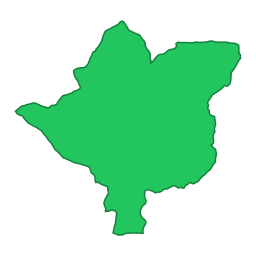 Goenshari, Punakha, Bhutan
{"feature_id": "84629894B19712913086843", "entity_name": "Goenshari", "entity_type": "district", "adm_level": 2, "iso_a3": "BTN", "parent_name": "Bhutan", "parent_adm1": "Punakha", "projection": "orthographic", "projection_center": [89.771, 27.719], "detail": "fine", "context": "isolated", "style": "filled", "palette": "green", "viewbox_px": 256, "rotation_deg": 0, "n_neighbors": 0, "source": "geoboundaries", "source_scale": "gbopen_adm2", "svg_char_len": 5475}
<svg xmlns="http://www.w3.org/2000/svg" viewBox="0 0 256 256"><path d="M227.3,86.2L228.4,85.2L230.2,83.4L230.8,80.0L231.2,72.8L233.5,69.5L235.0,67.6L235.8,65.9L237.5,62.8L238.7,60.6L240.6,58.2L240.3,56.0L240.4,54.6L239.5,54.1L238.9,51.6L238.9,49.2L238.8,46.8L238.7,45.2L236.2,43.8L233.9,43.2L231.0,43.2L229.1,42.8L226.3,42.2L224.2,42.1L222.9,42.2L219.9,42.2L216.9,42.1L214.5,41.8L212.4,41.1L210.4,41.0L206.2,42.1L202.8,42.3L199.9,42.4L195.7,42.1L191.9,42.9L190.9,42.9L188.5,42.6L185.1,42.6L181.9,42.6L179.8,42.6L178.2,42.1L176.6,43.1L176.1,43.5L176.0,44.1L176.1,44.9L176.5,45.4L176.6,46.0L176.1,47.1L174.5,48.6L173.5,48.9L172.8,49.2L171.2,49.4L169.2,49.8L168.3,50.5L167.0,51.3L166.5,51.6L166.1,52.2L165.6,52.7L164.2,53.6L163.0,54.1L161.4,54.3L160.2,54.5L158.9,54.8L158.1,55.2L156.9,56.5L156.0,57.3L155.3,58.1L154.7,59.0L154.1,59.9L153.3,60.9L152.1,61.8L151.7,62.3L150.6,63.0L151.0,61.5L150.7,59.9L150.1,58.6L150.2,56.8L150.2,56.2L150.2,54.8L150.1,53.6L149.5,52.5L148.5,50.6L147.9,50.1L147.3,49.5L146.4,48.1L145.8,46.7L145.2,45.1L145.1,43.8L145.0,42.9L144.9,42.3L144.3,41.2L142.6,39.4L140.9,37.0L139.6,35.0L137.2,34.2L133.9,32.7L131.7,31.6L128.7,30.2L127.6,27.9L125.5,24.6L123.6,21.8L122.1,21.0L120.0,22.2L118.4,24.2L115.5,25.8L112.8,27.1L110.5,28.5L108.2,29.6L105.4,31.1L104.3,33.3L102.8,36.9L102.0,39.9L101.0,42.4L99.4,45.0L98.2,47.0L97.0,48.1L96.1,48.9L95.7,50.9L95.0,51.2L93.8,51.5L93.1,52.2L92.5,53.2L92.1,54.7L91.4,55.8L90.3,58.3L89.8,59.3L89.5,60.6L88.8,61.7L88.3,63.5L87.3,65.0L85.8,66.5L85.0,67.1L83.4,67.7L81.6,67.7L79.8,67.9L79.0,68.1L77.7,68.3L75.0,69.5L73.6,70.8L73.7,71.4L73.9,72.7L74.0,73.7L74.3,74.5L74.5,75.8L75.1,76.7L75.3,77.3L75.7,78.0L76.1,78.8L76.7,79.6L77.1,80.1L77.7,80.7L78.0,81.4L78.2,82.1L78.6,82.9L78.9,83.9L79.3,85.0L80.4,87.0L80.4,88.0L79.6,88.9L78.3,89.5L77.7,90.0L76.9,90.4L75.8,90.7L74.8,90.9L73.9,91.2L73.4,91.6L72.5,92.5L72.0,93.0L71.1,93.4L70.2,93.5L69.3,93.9L68.0,94.4L66.4,94.9L65.8,95.1L64.6,95.2L63.2,95.6L62.7,95.9L62.2,96.5L61.5,97.0L61.0,98.0L60.3,98.7L59.5,99.8L59.0,100.3L58.4,101.2L57.7,102.2L57.3,102.7L57.1,103.6L56.8,104.2L55.5,104.9L54.8,105.1L54.2,105.2L53.5,105.4L52.9,105.4L52.3,105.3L51.8,105.4L51.3,105.8L50.6,106.2L50.0,106.8L49.1,107.6L48.1,107.7L47.1,107.6L45.6,107.2L45.0,107.0L43.6,106.7L42.6,106.3L41.9,106.2L41.0,105.7L39.9,105.3L39.1,104.7L37.1,103.9L35.6,103.3L34.8,103.2L34.1,103.0L32.9,103.0L32.1,103.2L30.3,103.9L29.0,104.1L27.6,104.5L26.0,105.0L25.4,105.2L24.9,105.5L23.6,105.7L22.6,105.8L21.7,106.2L21.1,106.6L20.5,107.1L19.5,108.0L18.6,108.7L17.6,109.4L17.1,109.8L16.7,110.4L16.1,110.8L15.4,111.2L17.3,113.8L19.7,115.1L22.6,115.9L23.6,117.8L25.1,119.6L28.2,122.9L33.0,125.8L36.4,127.3L39.1,129.3L41.1,130.3L43.8,134.0L46.4,137.0L47.9,139.4L49.7,141.6L50.9,142.6L52.7,145.6L54.0,147.8L54.8,149.3L58.3,152.4L60.2,154.2L61.9,156.4L63.2,157.8L66.8,159.1L74.5,162.7L78.6,163.6L83.8,165.2L88.3,166.6L89.7,167.9L90.6,170.6L91.1,172.6L94.2,175.1L95.1,177.1L95.1,180.4L95.7,182.4L97.5,182.5L98.6,181.9L98.6,182.6L101.9,184.6L104.2,185.3L107.8,187.0L107.7,188.9L108.5,193.1L107.0,195.8L105.0,199.5L103.9,202.9L104.3,204.8L105.8,208.8L105.4,211.4L107.6,211.3L109.4,211.0L110.4,210.2L111.1,210.1L112.6,210.3L114.2,210.6L115.2,211.0L115.9,211.9L116.8,212.9L116.2,216.3L115.9,219.4L115.5,223.0L114.4,226.7L113.7,229.9L113.1,233.0L118.3,235.0L122.3,235.0L125.6,233.4L131.2,233.0L135.2,233.0L139.6,233.1L143.0,233.4L143.0,232.7L142.9,230.8L142.9,229.2L143.5,227.6L144.3,226.1L145.4,224.3L145.9,222.2L145.4,220.8L144.3,219.4L143.4,218.7L141.9,217.5L141.0,215.7L140.1,213.3L140.1,212.1L140.5,210.6L141.0,209.1L141.9,207.1L142.3,206.2L143.6,205.1L145.2,203.8L145.9,202.1L146.0,200.7L145.5,199.3L144.6,196.8L144.5,194.4L144.9,192.6L145.1,191.0L145.5,190.5L146.4,190.1L147.3,189.8L148.5,189.8L149.6,190.1L150.5,190.5L151.2,190.8L152.1,191.0L152.8,191.2L153.5,191.6L154.1,192.2L155.3,192.8L156.1,192.7L157.6,192.2L159.4,192.1L160.4,191.8L161.2,191.5L163.0,189.9L163.6,189.6L164.1,189.4L165.4,188.8L166.1,188.9L167.4,188.9L167.9,188.7L170.0,187.1L171.1,186.9L171.7,186.6L173.1,185.8L174.0,186.0L175.2,186.0L176.2,186.3L176.9,187.0L178.1,188.0L178.7,187.9L179.4,187.6L180.2,187.4L181.0,187.6L181.8,187.8L182.8,188.1L183.7,188.2L184.3,187.9L184.7,186.9L185.1,185.9L185.9,185.2L187.5,184.6L189.1,183.1L189.6,182.7L190.1,182.6L191.2,183.0L191.9,183.3L192.5,183.6L193.2,183.7L193.8,183.7L194.8,183.2L195.6,182.6L197.1,181.7L197.7,181.7L198.2,181.3L198.8,180.5L199.2,179.9L202.4,176.4L204.3,175.0L204.8,174.6L205.6,173.8L206.3,173.1L207.2,171.9L208.2,171.1L209.4,170.3L210.0,169.9L210.7,168.9L212.0,166.7L212.5,165.7L213.6,164.0L215.2,162.2L215.4,161.4L215.4,159.0L215.7,157.6L215.8,157.0L216.1,155.8L216.4,154.1L216.4,153.3L216.1,152.5L215.9,151.5L215.8,150.6L215.6,149.8L215.2,149.0L213.9,148.3L213.0,147.5L212.5,146.8L212.1,145.9L211.4,145.5L210.9,145.0L211.6,144.6L212.2,144.4L212.8,143.7L213.6,142.6L213.6,141.1L213.4,139.3L213.3,138.5L213.1,137.2L213.1,135.8L213.3,135.0L213.7,134.0L214.9,131.8L214.8,131.1L214.4,130.1L214.5,128.8L214.7,127.5L214.9,126.4L215.3,125.5L215.4,124.7L215.7,123.8L215.5,123.2L215.4,121.9L215.0,120.8L215.1,119.8L214.8,118.9L214.6,118.1L214.7,117.0L214.3,116.4L213.6,116.2L212.7,116.0L211.4,115.5L210.6,115.0L210.1,114.5L209.5,113.9L209.2,113.0L209.4,112.0L209.2,110.7L208.0,109.1L207.7,108.1L207.8,107.4L208.2,106.4L208.5,105.3L208.4,104.7L207.9,103.6L207.6,103.1L207.5,102.3L209.8,98.9L212.3,95.0L221.2,89.0L224.2,85.7L225.7,85.8L227.3,86.2Z" fill="#22c55e" stroke="#15803d" stroke-width="1.5"/></svg>